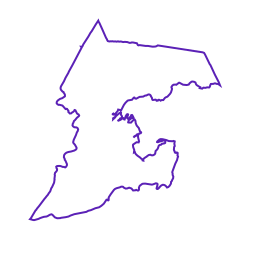 El Estor, Izabal, Guatemala, rotated 7°
{"feature_id": "79465075B63823362918265", "entity_name": "El Estor", "entity_type": "district", "adm_level": 2, "iso_a3": "GTM", "parent_name": "Guatemala", "parent_adm1": "Izabal", "projection": "robinson", "projection_center": [-89.332, 15.436], "detail": "fine", "context": "isolated", "style": "outline", "palette": "violet", "viewbox_px": 256, "rotation_deg": 7, "n_neighbors": 0, "source": "geoboundaries", "source_scale": "gbopen_adm2", "svg_char_len": 5863}
<svg xmlns="http://www.w3.org/2000/svg" viewBox="0 0 256 256"><g transform="rotate(7 128 128)"><path d="M56.2,95.8L56.3,97.2L56.7,98.1L58.4,99.7L59.6,100.2L59.6,100.6L60.6,101.5L61.4,102.9L61.5,104.3L59.1,106.4L57.0,107.4L55.2,109.0L54.3,110.3L54.1,111.1L54.2,112.2L55.2,113.1L56.3,113.5L57.1,113.3L60.2,113.7L63.7,116.8L64.8,116.4L65.2,116.5L66.9,118.4L66.8,119.3L68.5,120.7L69.8,120.4L70.6,119.4L71.7,118.6L72.7,117.3L72.8,116.7L73.6,116.8L75.6,119.8L76.2,120.2L77.2,120.5L78.0,121.5L77.8,122.2L76.0,124.1L74.6,126.4L73.5,127.7L73.1,129.6L72.7,130.3L72.6,132.2L73.2,133.0L74.6,133.8L76.8,133.7L77.9,134.2L78.7,135.4L78.4,137.4L77.8,138.5L77.2,141.4L75.6,146.3L75.3,148.6L75.4,149.1L75.9,149.8L77.3,151.0L79.0,153.3L79.4,154.0L79.4,154.9L78.9,155.8L77.5,156.9L74.3,158.3L71.7,159.1L69.9,160.0L68.8,161.1L68.1,162.2L67.9,162.9L67.9,164.8L68.9,166.3L69.1,167.3L69.8,167.9L71.8,171.3L71.9,172.4L71.4,173.8L70.9,174.4L70.4,174.8L69.2,174.4L68.1,174.6L65.8,174.0L64.4,174.0L62.3,174.4L61.5,175.1L62.0,176.7L62.6,177.4L62.7,178.6L62.2,179.8L61.1,181.3L60.9,183.1L61.2,183.9L61.2,187.6L61.4,187.9L61.3,191.3L59.8,196.0L59.2,197.1L58.5,200.4L57.2,202.6L56.7,203.9L55.1,206.3L54.9,206.8L53.8,208.4L49.2,216.4L47.4,219.2L46.9,220.4L46.3,221.0L42.6,229.4L41.9,230.4L45.1,230.9L46.3,230.8L50.5,229.0L51.1,228.5L53.4,227.3L55.4,226.4L57.9,225.8L59.0,225.2L60.9,223.7L62.5,223.0L63.5,223.3L66.3,225.6L68.7,226.2L71.7,225.7L72.5,225.3L77.0,224.1L79.8,223.1L81.6,221.9L85.2,220.1L96.9,216.3L98.7,215.0L101.1,214.1L105.4,211.6L109.0,210.2L111.1,208.4L113.2,206.1L115.4,201.8L116.1,201.6L116.8,202.2L117.1,202.3L117.5,202.0L117.5,200.9L117.3,199.6L117.5,198.8L118.9,195.9L121.6,191.1L122.6,190.0L124.1,189.1L127.1,187.9L128.1,187.2L129.2,186.9L130.3,187.0L131.3,187.8L133.1,188.4L134.5,188.1L136.4,187.1L138.8,187.6L140.7,189.4L143.0,188.9L143.6,188.4L145.3,188.9L145.8,188.8L146.2,188.4L146.4,187.6L146.1,185.8L146.7,183.9L148.9,181.8L149.6,181.5L151.8,181.1L158.5,181.3L159.5,181.0L162.4,179.5L163.6,179.6L164.2,180.1L164.2,180.8L163.7,184.4L163.9,184.8L164.4,185.0L164.9,184.9L165.4,184.5L166.2,183.5L166.2,183.2L166.4,183.1L167.7,181.3L168.6,180.6L169.5,180.1L170.5,180.1L171.5,180.3L172.9,181.2L174.0,182.3L175.2,181.7L176.4,180.2L177.3,178.2L177.4,177.5L177.3,176.2L178.0,175.2L178.3,173.8L178.9,172.6L178.9,170.7L178.0,169.1L177.8,167.6L177.3,166.5L177.4,165.8L179.3,157.6L180.6,153.8L180.8,151.7L181.2,150.3L181.1,150.0L180.5,149.4L180.4,146.8L179.8,146.4L179.1,146.4L178.6,146.9L177.5,146.6L177.2,145.5L176.8,145.2L176.2,144.0L176.1,141.2L176.6,140.2L175.9,137.9L176.0,135.6L174.8,135.3L173.9,135.7L170.1,136.0L167.5,135.3L163.7,134.9L161.9,135.0L160.6,135.6L158.6,137.9L158.6,138.4L159.3,138.5L161.4,137.4L163.9,136.5L165.4,135.6L166.2,136.2L166.7,137.0L166.7,138.3L166.1,138.8L165.0,139.0L164.5,139.4L163.6,139.5L162.8,140.6L161.5,141.0L160.7,141.8L160.1,144.7L159.6,145.7L158.2,147.5L158.1,150.1L157.5,151.1L156.0,152.1L154.5,152.2L153.4,151.8L151.9,152.3L150.4,153.6L150.0,154.2L149.0,154.9L147.6,156.2L146.9,157.5L147.2,158.5L146.4,158.4L145.9,157.2L145.0,156.9L143.4,155.7L140.9,154.4L139.1,153.1L138.3,152.2L137.6,150.8L137.3,150.8L136.9,151.2L136.9,149.1L135.5,146.4L135.0,144.4L135.1,143.8L138.2,141.1L140.3,141.0L140.6,139.9L139.2,136.2L138.9,134.8L138.6,134.4L137.9,134.3L137.4,134.4L135.6,135.6L134.6,136.8L135.3,135.5L137.1,134.2L138.0,133.0L139.3,133.1L139.7,132.2L141.3,131.6L141.6,130.8L141.5,130.6L140.3,129.9L138.7,126.7L136.3,124.5L135.0,122.1L134.5,120.0L133.6,118.8L133.0,118.7L132.7,119.0L130.3,122.3L128.0,122.5L127.5,122.4L127.5,121.9L127.8,120.2L128.1,119.8L129.0,119.2L129.9,118.1L131.1,117.5L132.4,117.5L132.3,117.1L130.8,114.9L130.4,114.6L129.7,114.8L129.5,115.1L129.5,116.1L128.9,116.6L128.5,117.6L126.8,118.8L125.9,118.1L125.9,117.7L126.5,114.7L126.1,114.3L125.4,114.5L125.0,114.9L124.8,115.8L124.3,116.5L124.0,118.5L123.3,119.1L123.7,119.6L123.6,120.0L123.0,119.9L122.5,118.8L122.0,118.7L119.4,120.9L117.6,121.9L117.4,121.8L117.5,121.5L118.4,120.8L119.1,119.4L120.4,118.9L120.7,118.1L120.6,117.1L119.3,115.5L119.2,113.7L118.7,113.6L117.6,114.3L114.4,117.9L114.0,119.0L112.2,121.1L112.2,120.6L112.0,120.2L114.0,118.5L114.4,117.3L115.1,116.4L115.0,116.1L114.5,116.1L111.8,116.5L111.2,116.3L111.2,115.9L111.8,115.4L112.8,116.1L113.6,115.6L115.8,112.2L116.0,110.9L118.0,111.1L118.7,111.7L118.9,111.6L121.1,105.6L122.4,103.3L124.2,101.0L124.8,100.6L128.5,99.5L130.0,97.2L130.7,97.0L131.6,97.9L132.6,97.9L135.7,95.7L139.2,95.0L141.1,93.7L142.2,93.5L144.0,92.3L144.8,92.1L145.9,92.4L146.7,93.1L146.8,93.7L148.0,95.0L148.3,96.1L148.8,97.0L149.2,97.2L151.8,96.5L152.3,96.6L153.0,97.4L153.4,97.2L154.0,97.3L154.3,97.2L154.5,96.5L154.8,96.3L155.4,96.2L156.0,96.3L157.0,96.9L158.0,96.2L159.6,96.0L161.0,93.6L162.0,92.8L163.3,92.1L165.5,89.1L166.3,87.5L166.9,84.3L166.8,83.3L166.3,82.7L166.1,82.1L166.9,80.4L167.9,79.5L169.8,79.1L170.7,79.2L172.6,77.3L173.2,76.8L173.8,76.9L177.3,78.3L181.0,78.2L183.0,77.5L183.6,76.2L185.4,74.3L186.5,74.0L188.0,74.1L189.4,74.6L190.1,76.1L190.9,77.0L193.4,78.2L194.8,78.7L194.8,79.1L194.5,79.7L196.8,79.9L197.9,78.8L200.0,78.7L201.6,78.0L203.6,77.9L204.2,77.0L204.4,75.5L204.9,74.2L207.3,73.8L208.4,73.2L209.4,73.1L210.5,73.4L212.1,73.3L214.1,74.4L212.4,71.3L207.7,64.4L202.1,55.4L201.4,54.8L195.6,45.8L194.4,44.2L192.9,43.8L147.5,42.4L146.2,43.4L144.9,43.9L142.4,44.3L137.9,44.1L135.4,44.4L129.5,44.3L128.2,44.7L127.6,44.4L126.5,42.8L122.5,42.5L121.1,42.7L120.4,43.1L119.1,43.3L116.9,42.8L114.4,42.9L112.7,43.3L110.4,43.0L108.6,43.4L107.5,43.2L106.2,43.7L105.0,43.6L103.0,43.9L101.8,43.8L100.7,44.1L99.8,44.1L98.9,44.4L97.4,44.2L96.7,43.4L96.4,42.7L95.1,41.0L90.1,32.6L86.8,27.2L85.8,26.0L85.4,25.1L83.4,29.1L80.2,36.3L79.1,38.2L77.5,42.1L73.5,50.3L72.8,52.5L72.5,52.9L71.5,53.0L72.2,53.8L65.2,72.3L62.4,79.3L62.1,80.5L59.9,85.7L58.7,89.5L56.5,94.6L56.2,95.8Z" fill="none" stroke="#5b21b6" stroke-width="2"/></g></svg>